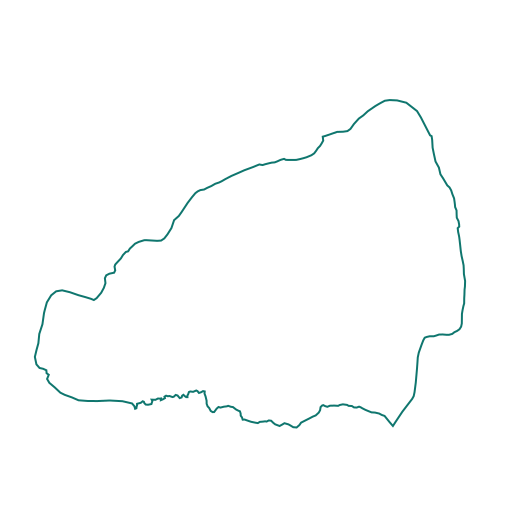 outline of Ban Lung, Rôtânôkiri, Cambodia, rotated 95°
{"feature_id": "14789045B59370140697229", "entity_name": "Ban Lung", "entity_type": "district", "adm_level": 2, "iso_a3": "KHM", "parent_name": "Cambodia", "parent_adm1": "Rôtânôkiri", "projection": "albers", "projection_center": [107.039, 13.672], "detail": "fine", "context": "isolated", "style": "outline", "palette": "teal", "viewbox_px": 512, "rotation_deg": 95, "n_neighbors": 0, "source": "geoboundaries", "source_scale": "gbopen_adm2", "svg_char_len": 4115}
<svg xmlns="http://www.w3.org/2000/svg" viewBox="0 0 512 512"><g transform="rotate(95 256 256)"><path d="M413.4,104.8L408.7,102.3L398.3,96.6L390.6,91.7L384.8,88.0L381.9,86.7L377.9,86.2L368.2,85.8L354.1,85.8L347.2,85.9L342.9,86.0L338.0,85.4L329.9,83.3L325.4,82.0L322.7,80.8L321.8,79.0L320.8,75.9L320.5,72.0L319.6,69.7L318.3,66.8L317.9,63.1L317.9,59.8L317.7,56.9L316.5,53.7L314.6,51.7L313.1,49.1L311.2,46.9L308.5,45.5L305.3,45.1L301.0,45.4L295.7,45.8L291.8,45.5L287.7,45.0L285.1,44.5L279.9,44.9L276.5,45.0L271.3,45.3L268.2,45.2L262.7,45.5L255.9,47.3L250.7,47.9L247.2,48.4L243.1,49.6L238.1,51.2L233.3,52.4L227.7,53.5L222.2,54.6L219.5,55.2L218.0,55.6L214.5,56.7L210.7,57.5L209.0,56.1L206.9,56.4L203.6,57.3L200.4,59.3L197.6,59.7L193.1,60.2L189.9,61.9L187.5,62.3L184.7,62.9L181.3,63.7L177.4,65.7L173.6,67.3L170.8,69.2L169.0,71.6L166.5,73.4L162.6,76.2L158.5,79.4L152.0,81.5L146.2,85.4L138.5,87.8L132.7,89.5L125.1,90.6L121.3,91.5L120.6,93.1L112.2,98.4L103.6,103.8L97.6,108.2L90.2,119.6L88.7,129.0L89.0,136.4L90.1,141.2L92.5,144.9L94.0,147.1L96.3,150.3L100.1,154.9L102.1,157.3L106.6,161.4L108.3,163.4L110.1,165.5L115.9,169.9L121.2,173.0L123.6,175.8L124.6,180.1L125.3,186.0L130.4,197.5L131.3,199.9L135.2,199.1L138.1,200.4L140.8,201.8L143.2,203.8L146.0,205.3L148.7,207.0L150.8,209.6L152.0,211.9L153.2,214.2L154.4,217.2L155.5,220.3L156.7,224.1L157.0,226.3L157.2,229.2L157.5,232.3L157.6,234.7L156.8,236.5L157.7,238.9L158.3,240.3L159.8,242.9L161.1,245.5L161.6,248.4L162.4,250.9L163.8,254.9L164.8,257.3L164.7,259.0L164.5,260.6L165.4,262.4L167.5,266.4L171.6,275.1L174.5,280.3L178.4,287.5L181.9,293.0L184.5,296.7L186.0,299.2L187.6,302.9L190.2,306.6L192.4,310.6L194.3,313.5L195.2,317.2L196.7,319.7L198.7,321.9L202.7,324.7L204.9,326.1L209.0,328.7L218.8,334.0L222.9,336.4L227.4,340.7L235.6,342.7L242.2,346.1L246.5,348.9L248.9,351.9L249.5,355.7L249.8,366.9L250.0,368.7L252.2,374.1L254.3,377.6L257.2,380.1L259.6,382.3L262.5,383.8L263.3,386.0L266.6,388.6L270.2,390.4L272.0,391.8L274.8,394.0L276.8,395.5L278.9,396.0L282.6,395.0L285.0,395.9L286.4,400.5L288.3,403.5L291.3,404.6L296.2,403.6L301.0,404.8L306.1,407.0L311.9,411.1L314.0,413.7L313.0,416.8L311.8,422.5L310.5,429.5L308.3,438.2L307.1,446.1L307.8,448.9L308.6,452.0L313.0,456.6L320.4,460.3L328.1,461.7L331.3,462.2L342.6,462.8L352.5,465.1L361.9,465.2L368.4,466.4L375.8,467.5L383.1,465.3L386.4,461.9L386.9,458.3L388.1,454.9L391.0,454.4L392.4,452.1L396.7,453.4L400.4,450.8L404.4,445.1L409.2,439.0L411.0,434.4L412.9,427.1L415.2,420.2L415.1,410.9L414.3,401.1L412.7,389.1L412.3,376.4L413.7,366.6L416.3,364.0L418.7,363.1L418.1,361.9L416.4,361.8L415.1,361.5L413.6,361.6L412.3,358.0L410.6,356.2L411.0,355.0L412.3,354.4L413.6,352.9L413.6,350.6L412.6,347.3L409.5,346.6L408.2,347.4L408.1,345.2L408.0,343.6L406.5,341.2L406.5,339.5L406.2,338.2L407.9,338.2L406.9,336.3L405.5,334.3L404.1,334.9L403.0,333.4L403.4,331.6L403.0,330.0L403.8,326.9L403.4,325.7L401.4,323.9L401.8,322.0L404.2,319.6L403.4,317.8L401.6,317.4L400.6,316.2L401.7,314.9L402.7,313.2L402.6,312.0L401.1,312.2L399.6,311.5L397.4,311.0L396.7,309.7L396.8,306.8L395.2,303.8L395.7,302.5L397.4,300.9L396.5,298.8L395.2,297.0L395.4,295.3L397.5,295.3L400.3,294.0L404.5,292.6L407.5,292.3L410.0,291.1L411.5,289.4L414.3,287.6L415.3,285.6L415.1,284.1L411.5,281.9L409.7,280.2L410.1,278.2L408.9,274.8L408.3,271.9L407.7,270.7L408.4,267.8L408.5,265.8L410.7,262.4L411.7,259.9L412.1,258.5L414.2,257.6L416.4,257.3L418.0,255.9L420.2,255.0L419.9,253.2L421.0,248.9L421.6,246.4L422.1,242.1L422.3,239.6L420.9,237.7L420.4,234.7L419.9,232.5L420.0,231.0L418.7,228.9L418.8,226.5L420.5,224.5L422.0,222.3L423.3,217.7L421.5,215.0L420.1,213.1L420.9,209.0L421.8,207.0L423.3,204.0L423.3,200.6L420.6,198.0L418.1,196.6L415.4,192.3L413.3,188.9L411.1,185.5L409.6,182.6L406.5,179.8L404.0,178.7L400.9,178.5L399.2,177.1L398.7,176.0L399.5,174.1L400.0,171.8L398.7,169.3L398.2,164.9L398.1,161.1L397.1,159.5L396.2,156.5L396.4,152.3L397.2,150.7L397.1,147.4L398.3,145.2L398.2,142.5L397.1,140.2L397.6,138.5L398.4,136.9L399.7,133.7L400.5,131.2L401.7,127.3L401.6,123.8L402.2,119.6L403.4,116.8L404.1,114.0L409.8,108.5L413.4,104.8Z" fill="none" stroke="#0f766e" stroke-width="2"/></g></svg>